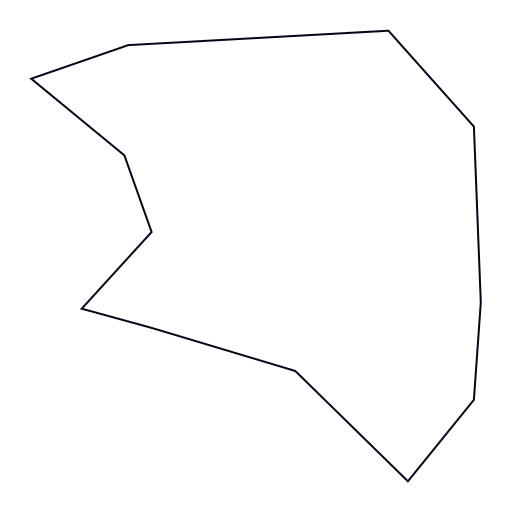 Msida, Mercator projection
{"feature_id": "MLT-5940", "entity_name": "Msida", "entity_type": "state/province", "adm_level": 1, "iso_a3": "MLT", "parent_name": "Malta", "parent_adm1": "", "projection": "mercator", "projection_center": [14.482, 35.893], "detail": "fine", "context": "isolated", "style": "outline", "palette": "ink", "viewbox_px": 512, "rotation_deg": 0, "n_neighbors": 0, "source": "natural_earth", "source_scale": "10m", "svg_char_len": 278}
<svg xmlns="http://www.w3.org/2000/svg" viewBox="0 0 512 512"><path d="M407.9,481.3L295.3,371.0L151.6,327.9L81.7,308.7L151.6,232.0L124.4,155.4L31.2,78.7L128.3,45.1L388.4,30.7L473.9,126.6L480.8,302.5L473.9,399.8L407.9,481.3Z" fill="none" stroke="#020617" stroke-width="2"/></svg>